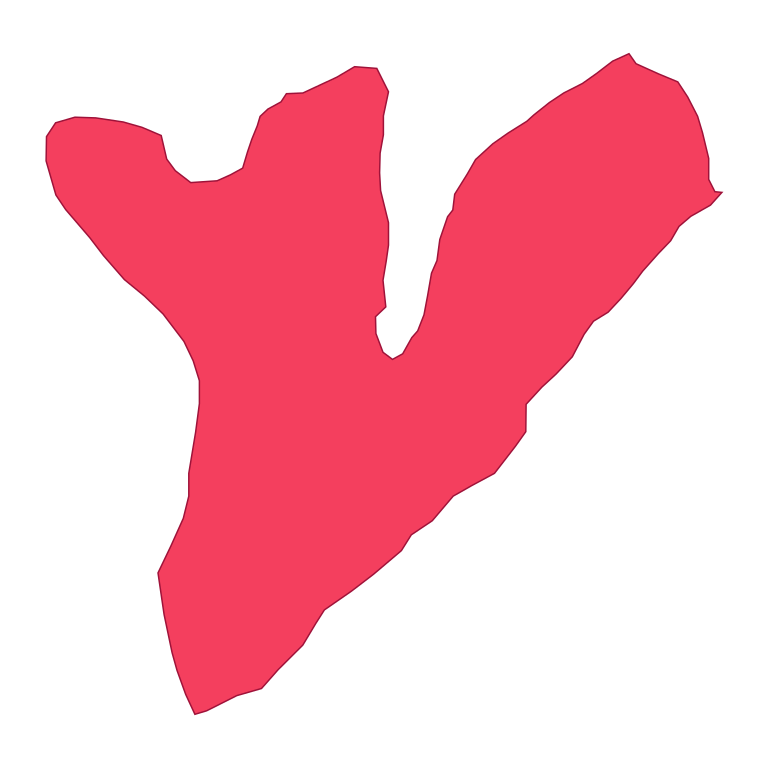 outline of Zangilan District, Zəngilan, Azerbaijan
{"feature_id": "54616110B64107713492867", "entity_name": "Zangilan District", "entity_type": "district", "adm_level": 2, "iso_a3": "AZE", "parent_name": "Azerbaijan", "parent_adm1": "Zəngilan", "projection": "robinson", "projection_center": [46.661, 39.06], "detail": "fine", "context": "isolated", "style": "filled", "palette": "rose", "viewbox_px": 768, "rotation_deg": 0, "n_neighbors": 0, "source": "geoboundaries", "source_scale": "gbopen_adm2", "svg_char_len": 1644}
<svg xmlns="http://www.w3.org/2000/svg" viewBox="0 0 768 768"><path d="M629.0,53.7L612.7,61.1L596.1,73.8L582.4,83.5L563.9,92.9L549.3,102.6L533.9,114.9L526.8,121.3L508.3,132.9L492.9,143.7L475.6,159.5L467.3,174.0L454.7,194.2L452.8,210.0L447.6,216.7L439.8,239.5L437.0,260.5L431.5,273.2L427.6,295.7L424.0,314.8L417.7,330.9L411.8,337.6L402.7,353.8L392.5,359.4L383.0,352.3L375.9,333.5L375.5,316.7L385.8,306.9L383.0,280.3L386.2,261.2L388.5,245.1L388.5,222.7L380.6,190.6L379.6,172.9L380.1,153.2L383.4,134.8L383.4,115.9L388.5,91.8L376.8,68.4L354.6,66.7L336.8,77.2L302.9,93.0L286.4,93.7L281.0,101.9L268.0,109.0L260.1,116.4L257.3,125.8L251.8,139.3L247.5,152.0L242.7,168.1L230.5,174.8L217.1,180.8L190.7,182.6L175.3,170.7L166.7,159.1L161.2,135.5L141.9,127.3L123.3,122.0L95.8,117.9L74.9,117.2L55.6,122.8L46.5,136.6L46.1,160.9L55.9,195.0L65.7,209.6L89.8,237.7L103.5,255.6L124.4,279.6L144.5,296.1L163.1,314.0L184.0,341.5L193.2,360.8L199.4,380.7L199.4,403.6L195.6,432.3L188.8,473.3L188.8,496.1L183.3,518.4L170.9,546.0L158.0,572.9L164.1,614.6L172.1,652.7L177.0,670.3L185.7,694.4L194.9,714.3L206.6,710.8L236.8,695.6L261.5,688.5L278.1,669.7L302.8,645.1L315.8,623.4L324.4,609.9L351.5,591.1L373.7,574.1L401.4,550.6L411.3,534.8L432.3,520.7L453.2,496.1L471.7,485.6L494.5,473.3L515.4,446.3L525.8,431.7L526.1,404.3L541.9,387.1L556.1,374.0L572.3,356.8L584.1,334.3L593.5,321.2L608.1,312.2L621.1,298.3L633.3,283.7L642.8,271.0L658.5,253.4L670.7,240.7L679.0,226.4L690.8,216.3L710.5,205.1L721.9,192.4L714.9,191.7L708.7,179.4L708.7,158.4L702.5,132.7L697.6,116.3L687.7,97.0L677.8,81.9L658.1,73.7L636.0,63.7L629.0,53.7Z" fill="#f43f5e" stroke="#9f1239" stroke-width="1.5"/></svg>